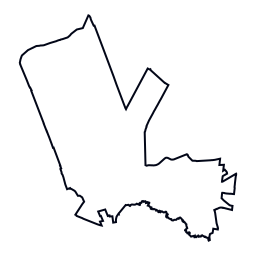 Meppel, Drenthe, Netherlands (Albers equal-area conic projection)
{"feature_id": "6326949B80809359603041", "entity_name": "Meppel", "entity_type": "district", "adm_level": 2, "iso_a3": "NLD", "parent_name": "Netherlands", "parent_adm1": "Drenthe", "projection": "albers", "projection_center": [6.225, 52.721], "detail": "fine", "context": "isolated", "style": "outline", "palette": "ink", "viewbox_px": 256, "rotation_deg": 0, "n_neighbors": 0, "source": "geoboundaries", "source_scale": "gbopen_adm2", "svg_char_len": 5755}
<svg xmlns="http://www.w3.org/2000/svg" viewBox="0 0 256 256"><path d="M208.7,240.6L209.8,240.1L209.7,239.3L209.4,236.9L209.4,236.6L209.6,235.9L209.9,234.2L210.3,233.8L212.0,233.2L212.6,232.9L212.7,232.4L213.3,228.7L217.8,229.5L218.0,228.3L217.8,227.4L217.7,227.4L217.6,226.7L216.6,223.4L215.2,213.3L214.9,211.8L214.3,210.1L215.0,209.9L215.0,209.7L216.7,208.9L216.9,209.0L219.1,207.9L220.2,207.6L221.2,207.5L222.8,207.9L222.9,207.7L232.0,210.0L232.5,205.9L231.3,205.7L229.6,205.2L223.6,200.3L222.5,199.1L221.6,198.3L222.1,193.0L222.2,192.8L222.4,192.8L224.3,193.0L224.6,193.2L226.5,193.5L230.3,193.8L230.5,193.7L233.8,194.1L234.0,194.1L234.7,188.1L234.7,187.8L234.5,187.3L234.9,183.9L234.9,183.5L235.8,175.9L236.0,175.6L236.2,173.9L236.1,173.7L222.5,181.7L222.0,181.7L222.3,178.9L222.7,176.3L223.1,175.9L227.0,173.7L226.8,173.3L227.0,172.8L226.5,171.6L224.8,169.7L223.2,170.7L223.9,164.8L219.4,165.0L220.1,158.7L215.0,159.8L212.7,160.1L212.2,160.1L210.2,160.3L196.7,161.1L195.8,160.8L192.5,160.7L192.3,160.6L188.5,156.8L188.3,156.4L187.6,154.7L187.2,154.4L186.5,154.6L186.4,154.4L185.9,154.6L173.9,159.4L172.8,159.6L171.8,159.6L171.0,159.5L167.8,157.9L166.7,157.7L165.8,157.8L164.8,158.4L159.1,163.5L157.7,164.4L156.0,165.1L153.8,165.4L148.8,165.2L147.7,165.4L146.7,165.7L145.5,165.2L145.1,148.4L144.7,132.1L145.0,131.8L145.4,130.2L145.6,129.3L146.6,126.7L146.4,126.3L149.0,120.5L153.0,113.2L154.0,111.2L154.8,109.9L156.5,106.8L157.6,104.9L160.2,100.1L160.6,99.5L168.4,85.0L166.2,83.7L164.7,82.7L164.6,82.8L151.0,70.5L150.6,69.9L150.4,69.3L149.9,69.6L147.7,68.5L127.2,106.8L127.3,106.8L127.1,106.9L126.0,109.2L125.5,108.3L123.6,103.4L116.5,84.6L113.7,76.7L102.8,47.6L94.5,25.6L93.7,25.7L91.4,20.7L90.8,19.3L90.4,17.5L89.9,16.8L89.3,15.8L88.4,15.4L82.8,28.1L76.8,29.5L72.3,33.0L71.2,33.9L69.9,35.5L67.7,37.4L62.6,39.1L60.5,39.6L60.0,40.0L59.4,40.0L57.3,40.7L56.5,41.1L50.1,43.0L44.0,45.2L42.9,45.4L40.5,45.5L39.3,45.8L36.5,46.0L36.0,46.2L28.0,50.1L22.0,55.4L21.6,56.2L20.5,59.4L19.9,62.5L19.8,62.8L20.2,64.0L20.3,64.3L20.2,64.4L26.8,80.2L29.1,86.1L29.9,87.6L30.1,87.5L30.3,87.8L31.3,89.9L31.6,90.4L31.2,90.7L43.8,123.5L43.7,123.6L45.9,129.2L46.8,131.5L46.9,131.4L47.9,134.1L49.3,137.6L51.7,144.1L53.0,147.8L53.6,147.6L56.6,155.6L60.4,165.8L60.1,165.9L61.2,168.5L60.4,169.0L61.6,172.3L61.6,173.0L61.6,173.4L62.0,174.1L62.4,174.5L63.4,177.2L65.3,184.4L67.1,189.2L70.0,188.1L70.2,188.8L70.8,188.7L71.3,188.9L74.4,190.7L75.3,191.5L77.9,195.8L79.8,195.7L82.2,197.4L84.1,201.7L82.3,204.1L76.3,213.3L75.4,214.7L76.3,215.2L76.6,215.9L82.7,218.3L83.0,218.6L97.4,224.3L99.8,225.1L101.6,225.5L100.0,221.6L103.0,220.9L100.9,215.9L100.1,216.1L98.2,211.5L105.2,209.5L107.7,215.7L108.1,215.6L108.1,215.9L109.5,215.5L109.7,216.5L112.4,216.3L113.2,222.6L116.0,222.1L115.9,220.4L116.0,219.2L116.2,218.2L116.6,216.6L117.1,215.8L118.1,214.3L118.8,214.4L118.6,213.6L118.9,213.1L119.2,212.9L125.7,205.0L126.3,205.2L127.3,205.0L128.5,204.8L128.8,205.0L129.5,205.8L130.0,206.0L130.4,205.6L130.6,205.0L131.8,204.5L132.4,204.5L133.8,204.7L134.7,204.7L135.8,204.4L136.7,203.7L137.1,203.8L138.1,204.4L139.8,205.0L140.0,204.8L139.9,204.5L139.2,203.8L139.2,203.6L140.0,202.9L140.6,203.2L141.4,202.8L141.5,202.5L141.8,201.4L142.2,201.2L143.0,201.0L143.6,201.3L143.7,201.5L143.7,201.8L144.1,201.8L144.9,201.6L145.2,201.2L145.6,201.4L146.2,202.2L146.2,202.5L146.1,203.0L146.7,202.9L147.4,202.1L147.8,202.2L149.3,202.7L149.3,202.9L149.3,203.0L148.8,204.0L148.3,204.2L148.3,204.6L148.3,205.2L147.9,205.4L147.8,205.6L149.1,206.0L149.5,206.3L149.8,206.8L150.3,207.2L151.0,207.3L150.7,208.0L150.8,208.8L151.4,209.0L151.5,208.5L151.7,208.3L152.3,208.5L152.8,208.8L153.2,209.3L154.1,209.0L155.2,209.5L155.9,209.7L156.0,209.8L156.1,210.6L156.3,210.6L156.8,210.1L157.5,210.6L158.2,210.9L158.4,211.3L158.2,211.7L158.2,211.8L158.4,212.1L158.8,212.2L159.1,212.1L159.6,211.2L159.9,211.6L160.2,212.1L160.3,212.2L160.6,211.9L160.9,211.3L161.5,211.7L162.0,211.4L163.5,212.4L164.7,212.3L165.0,212.2L165.3,211.8L165.9,211.7L166.1,211.8L166.5,212.4L166.6,213.7L166.7,213.9L167.0,214.1L167.4,214.0L167.6,214.1L167.8,214.4L167.8,214.6L167.3,214.9L166.3,215.2L166.1,216.4L166.2,216.8L166.6,216.8L167.0,216.7L167.0,217.2L166.9,217.4L167.1,217.6L167.9,217.3L168.4,217.9L169.1,218.5L169.9,218.9L171.3,219.1L171.4,219.5L171.4,219.9L171.7,220.2L173.0,220.5L173.6,220.2L174.2,219.8L176.2,219.8L176.4,219.7L177.1,218.8L177.5,218.5L177.8,218.4L178.7,218.8L179.1,218.0L179.2,217.8L180.1,217.5L180.4,217.7L181.6,218.8L181.8,219.1L181.9,219.6L182.4,220.0L182.5,220.1L182.4,220.9L182.5,221.0L183.2,220.6L183.5,221.2L183.6,221.6L183.5,221.8L183.5,222.0L183.8,222.1L184.3,221.9L184.5,222.0L184.9,222.7L185.4,223.1L185.7,223.8L186.4,224.3L186.4,224.5L186.3,225.0L186.4,226.0L187.0,227.3L187.2,228.1L186.6,228.3L186.3,229.3L185.9,229.6L185.5,229.6L185.0,230.2L185.0,230.3L185.1,230.5L185.9,230.6L186.2,230.9L186.2,232.1L186.7,232.5L187.4,232.6L187.5,232.9L187.4,233.2L187.5,233.4L188.2,233.3L188.4,233.1L188.4,232.8L189.0,232.9L189.0,232.6L189.1,232.3L189.3,232.3L189.6,232.6L189.8,233.0L189.7,233.4L189.5,233.6L188.9,233.9L188.9,234.1L189.4,235.0L190.0,235.4L191.1,236.6L191.6,236.3L192.3,236.3L192.7,236.1L193.3,236.3L193.7,235.9L193.9,235.9L194.2,236.1L194.4,236.9L194.5,237.2L194.8,237.1L194.9,236.3L195.0,236.1L195.1,236.4L195.2,236.8L195.3,236.9L195.8,236.5L196.0,236.7L196.1,237.1L196.3,237.1L196.4,236.7L196.7,236.4L197.8,236.4L198.0,235.9L198.1,235.6L198.4,235.5L198.6,235.7L199.0,236.3L199.0,236.7L200.1,236.5L200.8,236.6L201.0,236.4L201.3,235.6L202.2,235.3L202.9,235.9L203.2,236.1L203.8,236.1L204.4,236.9L204.5,237.0L204.9,237.0L205.5,236.7L205.7,236.8L205.9,237.3L206.1,237.5L207.5,237.9L207.9,237.8L208.6,238.1L208.7,238.4L208.4,239.0L208.3,239.7L208.7,240.6Z" fill="none" stroke="#020617" stroke-width="2"/></svg>